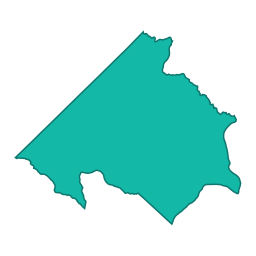 São Geraldo do Araguaia, Pará, Brazil
{"feature_id": "56859067B69966397982838", "entity_name": "São Geraldo do Araguaia", "entity_type": "district", "adm_level": 2, "iso_a3": "BRA", "parent_name": "Brazil", "parent_adm1": "Pará", "projection": "robinson", "projection_center": [-48.713, -6.168], "detail": "fine", "context": "isolated", "style": "filled", "palette": "teal", "viewbox_px": 256, "rotation_deg": 0, "n_neighbors": 0, "source": "geoboundaries", "source_scale": "gbopen_adm2", "svg_char_len": 4296}
<svg xmlns="http://www.w3.org/2000/svg" viewBox="0 0 256 256"><path d="M172.5,41.0L171.7,40.8L170.8,37.9L170.0,37.3L169.2,37.4L167.2,38.5L165.0,39.2L163.0,39.9L161.1,39.6L159.4,39.5L157.9,40.5L156.9,41.0L155.8,41.9L154.9,41.4L154.8,40.0L155.3,38.7L154.9,37.6L154.1,37.1L153.2,37.4L151.8,38.1L150.5,37.1L149.5,36.3L148.5,36.1L147.8,35.2L146.5,33.7L145.4,33.8L144.3,34.0L143.5,33.4L143.2,31.9L128.3,47.2L125.7,49.8L110.1,65.1L106.3,68.8L98.2,76.8L87.9,86.8L84.9,89.7L81.1,93.4L76.4,98.0L75.4,99.0L69.6,104.7L45.1,128.7L41.3,132.3L39.1,134.5L35.0,138.6L15.4,157.6L16.9,158.5L18.5,157.8L19.3,158.0L20.1,158.2L21.1,158.2L22.4,158.1L23.7,158.4L25.2,158.4L26.0,159.2L26.8,159.0L28.1,159.8L29.0,159.9L29.9,160.9L30.8,162.1L30.5,163.2L30.8,164.1L31.9,164.9L33.5,165.8L33.9,166.9L33.7,168.3L35.2,168.7L37.0,170.0L37.7,170.7L38.2,171.8L39.5,172.8L40.4,174.0L42.0,174.3L43.2,174.0L44.4,174.2L45.2,174.6L46.8,175.6L47.8,176.3L50.6,179.3L51.2,180.1L52.1,180.6L53.4,182.3L53.9,183.3L54.6,184.4L55.1,185.8L54.9,188.3L54.3,189.8L54.8,191.6L55.9,192.5L56.8,192.6L58.9,192.8L60.0,192.6L60.7,193.2L61.5,193.8L62.6,194.2L63.8,194.6L64.6,194.5L66.3,194.7L67.1,195.3L68.4,195.0L69.7,195.2L70.8,196.0L71.4,197.0L72.8,198.2L74.1,198.2L75.1,198.6L75.9,199.2L77.0,200.5L77.3,201.4L78.2,202.3L79.3,203.7L80.3,203.8L81.8,205.8L82.6,206.7L83.4,207.4L84.6,208.5L85.9,201.7L85.5,200.8L84.3,199.7L83.6,196.9L83.6,195.6L82.7,193.8L82.4,192.7L81.8,191.7L81.6,190.0L82.4,188.8L82.7,187.4L82.0,186.8L81.8,185.9L81.4,185.1L80.3,183.6L79.6,181.5L80.0,179.7L79.4,177.1L79.5,175.7L80.5,173.7L80.7,172.7L81.8,172.2L84.2,172.6L86.8,173.2L88.3,173.2L91.0,172.7L93.5,171.7L94.4,171.1L95.9,170.4L96.8,170.3L97.6,170.4L99.9,171.1L101.3,172.1L103.1,174.1L103.7,175.4L103.9,176.6L104.4,178.8L105.7,181.4L106.9,182.7L108.0,183.8L109.0,184.4L112.6,185.1L114.5,186.2L116.7,186.8L117.8,187.3L120.0,187.9L121.9,189.9L123.4,191.1L124.7,192.8L125.4,193.3L127.0,192.8L128.2,192.8L130.2,193.9L132.7,193.5L133.7,194.2L135.0,193.8L136.3,194.1L138.1,193.2L143.7,198.2L171.8,224.1L172.3,223.0L173.2,220.6L173.6,219.1L175.3,216.3L177.0,214.6L178.8,213.4L179.7,212.3L180.9,211.8L182.4,210.5L183.3,209.5L185.7,207.5L186.4,207.0L187.0,206.2L188.0,205.1L188.7,204.3L190.0,203.6L190.8,203.2L191.9,202.7L193.1,201.7L195.1,200.0L195.7,198.9L196.4,198.2L197.0,197.6L197.7,196.7L198.4,195.4L198.6,194.0L199.7,191.5L201.6,189.7L202.3,188.7L202.6,187.5L203.2,186.4L204.6,185.2L206.2,184.5L216.2,184.3L220.5,184.6L221.7,185.1L223.8,185.8L225.0,186.0L226.0,186.2L226.9,186.4L227.6,186.9L233.7,191.7L237.2,193.6L238.2,193.4L238.6,192.2L238.7,190.7L239.1,188.7L240.0,186.3L240.6,183.2L239.5,179.2L238.7,177.6L237.6,176.4L236.5,175.4L233.2,173.2L231.8,172.1L230.2,170.7L229.7,169.9L228.8,168.3L228.6,167.2L228.8,165.5L229.7,164.4L230.0,163.0L228.3,158.9L227.6,152.7L226.7,148.2L226.2,146.9L225.8,144.6L225.3,142.8L223.7,138.2L223.6,135.8L223.7,134.1L224.0,132.6L224.8,130.8L226.0,128.9L228.1,126.4L231.3,123.4L233.4,122.4L234.5,122.3L235.9,121.3L236.1,120.4L236.2,119.3L235.5,118.5L235.2,117.5L234.6,116.6L234.3,115.7L233.6,116.2L232.7,116.3L231.6,116.0L230.3,115.5L229.8,114.5L229.1,113.7L227.2,114.4L226.5,114.2L226.2,112.8L225.4,112.5L224.3,112.8L223.5,112.2L222.7,112.3L221.7,113.5L220.9,114.3L219.6,114.0L218.8,113.1L217.5,112.1L217.3,111.1L216.8,110.2L216.6,108.4L214.8,107.7L213.8,108.3L213.6,106.2L212.8,104.3L211.7,104.5L210.8,104.9L210.0,103.9L210.3,102.4L209.5,101.8L209.4,100.8L208.3,99.0L207.6,98.5L207.1,97.7L206.4,96.9L206.3,95.9L205.3,95.7L204.8,94.9L202.6,94.5L202.1,95.4L201.1,95.0L200.3,95.4L199.8,94.4L200.1,93.5L199.4,92.7L199.1,91.5L197.6,90.5L197.3,89.6L197.6,87.6L197.6,86.2L196.5,86.1L195.6,85.6L194.6,85.1L193.3,84.6L192.6,83.5L191.8,83.0L190.7,82.5L189.7,81.8L189.1,80.7L189.3,79.6L188.3,79.1L187.6,78.7L186.8,78.2L186.0,77.8L185.4,77.3L185.1,76.3L184.5,75.4L184.1,74.3L183.0,73.6L181.8,73.8L180.5,74.4L178.6,74.9L177.7,74.6L176.7,74.6L175.2,75.1L174.2,75.2L172.7,74.8L171.3,75.2L170.3,74.9L169.5,74.6L168.7,74.2L167.8,74.7L166.7,74.9L165.7,74.3L164.7,73.3L163.9,72.9L163.0,72.3L162.4,71.0L162.4,69.4L162.9,68.2L163.3,66.6L163.4,65.1L163.6,64.1L165.1,61.6L166.4,60.6L167.9,58.5L168.6,56.9L169.3,55.3L169.5,53.4L169.2,50.0L169.1,48.4L169.8,46.4L170.7,45.4L171.3,44.8L171.3,43.5L172.5,41.0Z" fill="#14b8a6" stroke="#0f766e" stroke-width="1.5"/></svg>